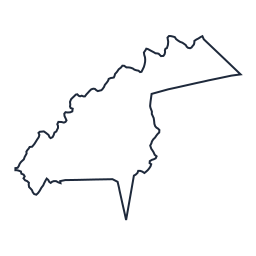 the district of Vassouras, Rio de Janeiro, Brazil
{"feature_id": "56859067B89156781575467", "entity_name": "Vassouras", "entity_type": "district", "adm_level": 2, "iso_a3": "BRA", "parent_name": "Brazil", "parent_adm1": "Rio de Janeiro", "projection": "natural_earth1", "projection_center": [-43.591, -22.37], "detail": "fine", "context": "isolated", "style": "outline", "palette": "slate", "viewbox_px": 256, "rotation_deg": 0, "n_neighbors": 0, "source": "geoboundaries", "source_scale": "gbopen_adm2", "svg_char_len": 2943}
<svg xmlns="http://www.w3.org/2000/svg" viewBox="0 0 256 256"><path d="M25.1,180.3L27.1,181.1L28.9,182.7L28.7,184.6L29.1,187.1L30.8,188.8L32.0,190.2L32.7,192.1L34.1,194.0L36.3,194.7L38.2,192.9L39.8,190.6L41.4,187.7L43.2,185.4L44.2,183.1L45.6,180.4L46.7,178.6L48.3,180.0L49.2,181.8L50.7,182.9L52.0,181.8L53.8,181.1L56.0,181.1L58.4,182.4L60.5,183.1L60.2,181.1L65.2,180.1L71.9,180.0L77.9,179.9L95.2,179.5L112.5,179.2L117.6,181.8L119.1,188.2L119.4,189.9L122.7,204.8L124.8,214.0L126.1,220.0L131.8,187.6L133.9,175.6L135.6,174.7L137.5,172.9L138.2,170.9L140.3,170.9L142.3,171.6L144.4,173.0L145.9,171.8L147.7,170.2L149.1,168.5L150.5,166.4L151.2,164.2L149.6,163.1L149.8,161.1L152.0,159.8L153.7,159.3L155.7,158.3L156.6,156.3L154.7,154.8L153.6,152.3L152.5,150.5L151.3,148.8L150.2,145.6L151.4,143.3L151.9,141.5L153.2,139.4L155.1,137.5L156.3,135.7L157.6,134.0L159.2,132.5L159.4,130.0L157.9,128.5L156.5,127.7L155.2,126.2L154.4,123.9L154.1,120.8L153.7,118.1L152.6,115.7L151.8,114.0L151.9,111.6L151.2,109.7L150.5,107.9L150.1,106.0L150.5,101.9L151.6,93.9L168.3,89.3L176.6,87.5L197.1,82.9L204.1,81.4L208.4,80.4L219.1,78.2L231.5,75.6L240.6,74.4L225.7,60.1L203.8,39.3L202.4,36.2L200.7,37.0L198.4,38.5L196.4,39.5L194.4,40.9L194.3,42.9L193.9,44.5L192.6,46.0L191.5,47.5L190.1,48.2L188.0,47.8L186.7,46.7L185.8,45.1L184.3,44.0L182.4,42.7L180.0,41.8L177.8,40.4L176.1,39.1L174.8,37.1L173.1,36.6L170.9,36.1L169.0,36.0L167.5,37.6L167.9,39.9L168.2,41.8L167.9,45.0L166.9,48.1L165.5,48.7L164.9,50.3L165.1,52.1L164.6,54.2L163.4,55.9L161.0,56.1L158.6,53.7L157.1,53.4L155.5,53.3L153.7,52.2L151.6,51.1L149.4,49.9L147.7,49.0L146.3,48.7L145.5,50.2L143.9,52.5L144.3,55.1L145.0,57.3L145.2,59.4L145.1,61.8L144.6,64.4L143.9,66.9L142.6,69.6L141.5,71.8L140.1,72.1L138.5,70.7L136.4,70.3L134.3,69.6L133.0,68.6L131.5,68.0L130.1,67.6L128.3,67.4L126.4,67.4L124.2,65.8L122.4,65.7L120.9,67.6L118.7,69.3L117.7,70.8L116.7,72.2L115.1,73.9L114.5,76.0L113.8,77.5L112.4,77.8L110.8,78.0L108.7,78.9L108.1,80.7L106.7,82.7L104.9,84.8L104.0,87.0L102.5,89.1L101.4,90.2L99.7,90.6L97.8,91.1L96.3,90.2L94.9,88.9L93.3,88.7L91.3,89.3L89.7,90.8L87.8,92.9L86.4,94.4L84.9,96.4L83.4,96.4L81.7,95.7L80.1,96.3L78.7,95.8L77.3,94.3L75.8,94.6L74.1,96.3L72.6,97.7L71.1,99.2L70.0,101.9L70.3,104.6L70.0,106.4L70.6,108.0L72.7,108.7L72.3,111.4L70.3,112.3L67.7,112.5L65.5,112.2L64.3,113.7L64.5,116.0L65.8,118.8L66.5,120.4L65.5,121.9L63.9,122.6L61.5,122.0L58.4,121.9L57.3,124.2L58.0,125.9L58.0,128.0L57.1,129.7L56.3,131.5L54.5,132.5L53.6,135.2L52.5,137.2L50.6,138.1L49.5,137.1L48.5,134.9L45.7,132.7L43.8,131.4L41.9,131.6L39.7,131.8L38.5,132.9L39.4,134.9L38.7,137.3L37.1,139.6L35.7,141.9L34.5,143.8L33.3,145.3L32.1,146.7L29.6,147.0L28.7,148.6L27.6,149.8L26.4,151.6L26.6,153.5L25.8,155.0L24.7,156.9L23.8,159.4L21.8,161.2L20.7,162.3L19.6,164.0L18.7,166.2L17.6,167.8L15.4,168.1L15.4,170.2L16.9,170.2L18.8,170.7L20.9,171.5L21.4,173.7L23.6,174.6L24.7,176.4L23.5,178.3L25.1,180.3Z" fill="none" stroke="#1e293b" stroke-width="2"/></svg>